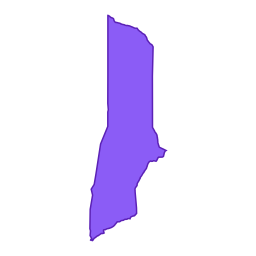 outline of Santa Barbara, Heredia, Costa Rica
{"feature_id": "36466004B69757092766150", "entity_name": "Santa Barbara", "entity_type": "district", "adm_level": 2, "iso_a3": "CRI", "parent_name": "Costa Rica", "parent_adm1": "Heredia", "projection": "mercator", "projection_center": [-84.144, 10.082], "detail": "fine", "context": "isolated", "style": "filled", "palette": "violet", "viewbox_px": 256, "rotation_deg": 0, "n_neighbors": 0, "source": "geoboundaries", "source_scale": "gbopen_adm2", "svg_char_len": 5122}
<svg xmlns="http://www.w3.org/2000/svg" viewBox="0 0 256 256"><path d="M107.9,15.4L107.9,38.4L107.9,75.6L107.8,103.4L108.3,109.9L107.8,112.0L107.8,122.2L107.8,126.4L100.6,144.0L95.9,174.4L94.2,184.4L91.2,189.2L92.6,195.1L90.2,209.3L89.9,228.8L90.5,230.8L90.1,235.6L91.9,239.0L91.0,239.3L90.3,240.6L90.7,240.2L91.0,240.0L91.6,240.0L91.8,240.1L91.9,240.4L92.0,240.5L92.4,240.6L92.6,240.5L92.6,240.4L93.1,239.9L93.6,239.1L93.8,238.9L94.0,238.5L94.2,238.2L94.4,238.2L94.7,238.0L94.8,237.9L95.1,237.7L95.6,237.4L96.0,237.0L96.2,236.9L96.3,236.7L96.6,236.5L97.1,236.2L97.4,235.8L97.6,235.7L98.2,235.7L98.4,235.5L99.9,234.5L100.1,234.3L100.6,233.9L100.9,233.7L101.1,233.7L101.3,233.5L102.3,233.5L102.8,233.5L103.0,233.3L103.4,233.3L103.5,233.3L104.0,233.1L104.0,232.5L103.9,232.3L103.7,231.7L103.7,231.4L103.5,231.0L103.5,230.1L103.7,229.9L104.2,229.7L104.7,229.7L105.0,229.7L105.5,229.6L106.1,229.2L106.7,228.9L107.4,228.7L107.7,228.6L107.9,228.6L108.6,228.5L109.0,228.3L109.3,228.3L109.6,228.1L109.8,228.1L110.4,227.9L111.6,227.4L112.9,226.6L113.7,226.1L113.9,225.8L114.1,225.6L114.3,225.4L114.7,225.1L115.1,224.4L115.3,224.1L115.7,223.8L115.8,223.7L116.2,223.1L116.4,222.9L116.6,222.7L116.8,222.5L116.8,222.4L117.0,222.1L117.2,221.8L119.2,221.8L119.6,221.7L120.2,221.4L120.3,221.3L120.4,221.2L121.2,220.6L121.5,220.6L122.4,220.4L122.9,220.4L123.4,220.2L123.5,220.2L124.1,219.8L124.6,219.4L124.8,219.4L125.2,219.4L125.5,219.3L126.4,219.3L126.6,219.2L127.0,219.2L127.4,219.0L127.8,218.6L129.4,218.6L130.0,218.8L130.4,217.7L130.5,217.5L130.7,217.2L130.9,217.0L131.2,216.8L131.5,216.7L131.8,216.5L132.0,216.4L132.4,216.2L132.9,216.1L133.2,216.0L134.0,216.0L134.2,215.6L134.3,215.5L134.4,215.4L134.8,215.4L134.9,215.2L135.2,215.0L135.4,214.8L135.9,214.1L136.0,214.1L136.6,213.4L136.5,207.9L135.1,191.8L135.1,190.5L135.0,190.3L135.0,189.2L135.1,188.6L135.2,188.2L135.6,187.5L135.9,187.2L136.0,186.9L136.4,186.4L136.6,186.1L136.7,185.9L136.8,185.9L137.0,185.5L137.0,185.4L137.1,185.1L137.1,184.4L137.3,183.4L137.4,183.2L137.5,183.1L137.7,182.6L137.9,182.4L138.0,182.1L138.3,181.7L138.6,181.2L138.7,180.9L138.8,180.9L139.6,179.4L139.6,179.1L139.8,178.9L140.0,178.5L140.1,178.4L140.1,178.0L140.3,177.9L140.3,177.7L140.5,177.1L140.7,176.9L140.8,176.8L141.0,176.5L141.2,176.3L141.4,176.0L141.5,175.9L141.8,175.4L142.2,174.7L142.5,174.2L142.9,173.4L143.3,173.0L143.3,172.9L143.7,172.6L143.7,172.3L144.1,171.9L144.3,171.4L144.3,171.2L144.5,171.0L144.5,170.9L144.8,170.8L144.9,170.6L145.1,170.1L145.7,169.4L146.3,168.6L146.6,167.9L146.7,167.3L147.0,166.7L147.1,166.3L147.2,166.1L147.2,165.8L147.4,165.3L147.4,165.2L147.6,164.7L147.8,164.1L147.9,163.9L148.0,163.6L148.1,163.4L148.2,163.2L148.3,163.1L148.7,162.6L148.8,162.3L149.0,162.0L149.6,161.6L149.8,161.5L150.3,161.1L151.0,161.1L151.5,161.3L152.0,161.3L152.7,161.2L153.2,160.9L153.6,160.7L153.8,160.8L154.4,160.8L154.5,160.9L155.4,161.1L156.1,161.2L156.3,161.0L156.4,160.9L156.7,160.6L157.1,159.7L157.2,159.4L157.4,159.1L157.5,158.9L157.5,158.7L157.8,158.3L157.8,158.2L158.1,157.8L158.1,157.6L158.5,157.2L162.2,157.1L162.7,156.9L163.3,156.5L163.5,156.3L163.5,155.9L163.6,155.7L163.8,155.0L163.8,154.9L164.0,154.3L164.0,154.0L164.1,153.8L164.1,153.5L164.2,153.1L164.3,152.9L164.4,152.7L164.5,152.4L165.1,151.2L165.3,151.0L166.1,150.5L159.5,147.3L159.4,147.2L159.2,146.9L159.0,146.4L158.9,146.1L158.8,145.9L158.8,145.5L158.6,145.3L158.6,145.1L158.5,144.9L158.4,144.4L158.0,143.2L157.9,142.9L157.8,142.2L157.8,141.9L157.8,141.0L157.7,140.9L157.7,139.7L157.6,139.4L157.6,139.0L157.5,138.9L157.5,138.5L157.4,138.3L157.4,137.5L157.3,137.4L157.3,137.2L157.2,137.1L157.2,136.7L157.1,136.3L157.1,135.9L157.0,135.7L157.0,135.4L156.8,135.1L156.8,134.7L156.7,134.6L156.5,134.1L156.3,133.8L156.0,133.5L155.7,132.8L155.5,132.7L154.7,131.6L154.6,131.4L154.6,131.1L152.5,127.4L152.4,76.0L153.1,46.9L152.2,45.2L151.9,44.8L151.0,44.2L149.9,43.6L149.7,43.2L149.5,42.9L148.8,42.2L148.6,41.8L148.3,41.4L148.1,41.2L147.9,41.0L147.9,40.8L147.7,40.6L147.4,40.4L147.0,39.2L146.9,38.6L146.7,38.1L146.5,37.4L146.2,36.9L145.8,36.5L145.7,36.3L145.6,36.1L145.3,35.8L145.0,35.0L144.6,34.6L143.6,34.0L143.4,33.9L142.7,33.6L142.3,33.3L141.5,32.5L141.0,32.1L140.7,31.8L139.9,31.4L139.5,31.1L139.3,30.9L139.2,30.8L138.7,30.3L138.4,30.1L138.2,29.8L138.0,29.6L137.9,29.4L137.5,28.9L137.3,28.4L137.1,28.4L136.8,28.2L135.3,28.2L134.9,28.2L134.4,28.0L134.2,27.9L133.6,27.6L133.3,27.5L132.9,27.3L132.6,27.1L131.9,26.9L131.6,26.8L131.5,26.7L131.4,26.7L131.1,26.6L130.9,26.5L130.5,26.3L130.1,26.1L129.7,26.0L129.5,25.9L129.0,25.8L128.4,25.7L127.8,25.5L126.2,25.5L124.8,25.1L124.7,25.0L124.1,24.7L123.0,24.5L121.7,24.2L121.4,24.1L121.2,24.1L121.0,23.8L120.7,23.7L120.3,23.5L120.1,23.4L119.9,23.3L119.8,23.2L119.5,23.2L118.6,23.0L118.1,22.9L117.4,22.6L117.0,22.6L116.5,22.5L116.2,22.5L116.2,22.4L115.5,22.3L114.9,21.9L114.7,21.7L114.5,21.3L114.4,21.2L114.0,20.6L113.9,20.0L113.8,19.8L113.8,19.6L113.7,19.4L113.6,18.9L113.4,18.6L113.0,18.3L112.5,18.1L112.2,17.9L111.7,17.7L110.8,17.4L110.2,16.9L109.9,16.6L109.6,16.3L108.8,15.8L108.5,15.6L108.1,15.5L108.0,15.4L107.9,15.4Z" fill="#8b5cf6" stroke="#5b21b6" stroke-width="1.5"/></svg>